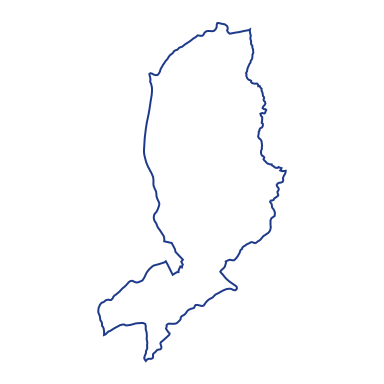 Webuye East, Western, Kenya (Albers equal-area conic projection)
{"feature_id": "3690345B7526977746919", "entity_name": "Webuye East", "entity_type": "district", "adm_level": 2, "iso_a3": "KEN", "parent_name": "Kenya", "parent_adm1": "Western", "projection": "albers", "projection_center": [34.784, 0.653], "detail": "fine", "context": "isolated", "style": "outline", "palette": "blue", "viewbox_px": 384, "rotation_deg": 0, "n_neighbors": 0, "source": "geoboundaries", "source_scale": "gbopen_adm2", "svg_char_len": 5999}
<svg xmlns="http://www.w3.org/2000/svg" viewBox="0 0 384 384"><path d="M150.1,81.6L151.1,83.9L151.8,86.8L152.0,88.6L152.0,90.9L151.7,94.9L150.7,100.8L149.4,109.6L148.6,114.1L146.8,122.7L145.9,128.4L144.8,137.4L144.5,141.5L144.3,145.2L144.0,149.7L144.0,152.5L144.4,155.2L145.2,158.6L146.4,162.8L148.1,166.9L149.1,168.6L149.9,170.3L151.3,172.8L151.9,174.1L153.1,177.0L153.3,178.3L153.5,181.2L153.4,183.6L153.6,185.8L154.7,188.6L156.1,191.6L156.6,196.7L157.1,198.3L158.8,202.0L159.3,203.4L159.2,205.0L158.6,207.0L157.7,209.4L156.6,211.7L154.5,214.1L154.0,215.7L153.8,216.9L153.8,218.1L154.1,219.7L155.0,221.7L156.2,223.3L157.3,226.3L157.8,227.3L158.8,228.8L159.7,229.9L163.6,235.9L164.2,237.8L164.3,239.7L164.2,241.3L166.3,241.8L171.7,243.0L174.9,249.1L175.2,250.3L175.5,251.9L182.9,259.7L181.3,261.6L182.1,263.4L182.8,264.5L182.3,265.5L181.9,267.4L180.3,266.5L178.6,270.3L178.5,272.1L176.8,272.2L172.7,274.8L167.9,265.1L165.8,261.3L164.6,262.3L159.4,264.0L153.5,265.6L152.2,266.5L149.3,269.2L147.3,271.7L146.3,273.3L144.3,277.6L142.4,280.5L139.2,281.9L137.4,282.5L135.7,282.3L134.3,281.8L132.7,280.9L131.1,280.9L129.8,281.4L128.5,282.4L127.5,283.7L126.0,285.3L124.4,286.9L122.9,288.0L121.3,289.6L119.3,291.8L115.5,294.9L114.4,295.6L113.3,296.9L112.5,298.6L111.2,299.9L109.8,300.0L108.6,299.7L106.8,299.9L105.3,300.6L104.4,301.5L103.1,302.3L101.7,302.7L100.8,303.7L99.8,305.0L99.2,306.7L98.6,307.9L98.3,310.8L98.3,312.3L99.6,315.6L100.0,317.1L100.3,320.1L101.2,321.4L102.0,323.1L102.0,324.4L102.1,325.9L103.1,327.1L103.7,328.7L104.1,331.3L104.1,333.3L104.0,335.0L105.2,334.5L106.5,333.4L107.7,332.2L108.6,331.4L109.9,331.1L114.4,328.2L117.3,326.7L120.2,325.1L121.4,324.9L122.5,324.5L124.2,324.5L125.8,325.4L127.7,325.3L130.4,324.9L133.1,324.2L135.4,323.5L136.7,323.3L141.1,323.0L143.0,323.0L145.2,323.9L145.8,326.3L145.7,328.0L145.8,329.7L146.6,332.3L146.7,333.6L146.9,336.2L146.6,339.2L147.0,340.4L147.2,341.9L147.3,343.8L147.0,345.0L147.2,346.5L147.2,348.5L146.0,351.2L145.9,353.2L145.4,354.5L144.8,355.7L144.2,358.2L144.9,359.7L145.8,361.0L146.9,359.7L148.3,358.8L151.3,358.8L152.6,358.2L153.1,357.0L153.0,355.6L153.0,354.2L154.1,353.0L155.4,352.0L156.2,351.0L157.3,349.9L159.1,349.5L160.4,349.3L161.2,348.5L161.4,346.9L160.4,343.5L160.8,342.3L162.8,340.7L167.8,336.2L169.4,334.6L169.6,333.3L168.2,332.0L166.0,328.7L166.6,326.8L166.6,325.2L167.7,324.1L169.1,323.6L171.2,323.8L173.3,323.8L175.0,323.7L176.2,323.4L177.5,322.6L179.9,320.2L180.6,319.2L180.8,317.5L181.6,316.3L184.4,314.7L185.6,313.5L186.6,312.1L187.3,311.0L188.6,309.9L189.7,309.3L191.3,308.7L192.7,308.4L194.1,307.8L194.7,306.3L195.5,305.1L197.3,304.9L201.0,305.8L202.2,306.0L203.6,305.6L204.9,303.9L205.5,302.9L206.7,301.5L208.1,300.1L209.9,298.8L211.4,298.2L212.7,297.4L214.9,295.1L215.9,294.3L218.1,293.3L221.2,291.5L222.9,290.6L224.7,289.8L226.6,289.1L228.4,288.8L229.8,288.7L231.2,288.9L233.4,290.0L235.1,290.3L236.5,289.4L236.9,288.1L236.6,286.6L235.0,285.4L231.4,282.9L229.4,281.5L226.7,279.2L225.1,277.5L222.4,274.1L221.2,273.0L220.3,271.7L221.2,270.4L222.4,269.2L223.7,268.1L224.8,266.7L226.0,262.9L225.7,261.5L227.7,260.5L229.3,259.9L230.7,259.9L232.4,260.3L234.2,260.2L235.6,258.9L236.9,257.3L237.9,255.9L239.6,252.8L240.6,249.9L242.0,249.0L242.4,247.5L243.6,246.4L244.8,245.8L247.0,244.2L249.1,243.3L250.5,242.4L251.6,242.1L253.0,242.4L254.6,243.1L256.1,242.8L257.8,241.4L259.7,240.3L261.0,239.0L262.0,237.8L262.9,236.6L263.8,235.8L265.1,235.1L266.1,234.3L268.4,232.8L269.3,231.7L270.1,230.3L270.5,228.8L270.8,227.1L270.5,225.0L270.5,222.5L270.5,220.7L270.8,219.4L271.7,218.0L274.6,216.0L274.9,213.8L274.8,212.3L274.2,210.5L273.5,209.3L272.1,207.5L271.7,204.2L270.1,201.9L270.7,200.6L272.5,200.4L273.6,199.9L274.2,198.5L277.5,196.3L278.3,195.2L277.7,193.4L277.4,191.9L278.4,190.3L278.8,189.2L278.4,187.9L277.1,186.4L276.7,185.0L277.6,183.6L279.0,182.8L280.9,182.6L282.7,181.8L283.3,180.1L282.9,178.2L283.8,175.9L284.9,174.1L285.5,172.6L285.7,170.8L282.0,171.2L280.3,170.5L281.1,169.5L281.5,168.1L279.8,167.7L278.6,167.0L277.6,167.9L276.0,167.8L274.6,167.3L273.5,166.2L272.1,165.5L271.7,164.4L270.3,164.4L268.8,164.0L267.0,163.2L265.7,161.7L264.4,160.5L263.5,159.3L264.3,157.5L263.4,156.3L262.0,155.6L261.2,154.0L261.0,152.7L261.0,151.4L261.4,150.0L262.0,148.7L261.7,147.4L262.1,146.2L261.7,142.4L261.5,141.1L260.6,139.5L258.9,138.1L258.1,136.4L258.8,133.1L258.7,131.7L259.5,130.7L259.5,129.4L260.3,128.3L261.9,127.5L262.6,126.4L262.9,125.2L262.8,123.7L261.7,122.9L262.1,120.9L262.2,118.7L262.2,117.1L261.0,115.8L260.4,113.7L262.3,113.0L264.2,113.5L265.2,112.7L265.7,111.1L266.2,110.0L265.4,109.2L263.9,109.1L262.6,108.1L263.0,106.9L263.8,105.9L264.7,104.9L265.4,103.6L265.0,101.8L263.8,100.7L263.6,99.4L264.1,98.1L263.8,96.9L263.0,96.0L262.6,93.3L262.2,92.0L261.5,90.4L261.6,88.6L260.3,87.5L259.8,86.1L258.2,86.2L258.1,84.6L256.9,83.5L255.0,83.7L253.6,83.5L252.1,83.1L251.1,82.1L251.2,80.9L250.1,80.2L248.6,79.7L247.4,78.5L246.7,77.0L246.3,75.5L246.5,74.2L246.0,73.1L247.1,71.2L247.3,69.3L247.7,68.0L249.4,64.1L250.5,62.6L250.7,60.9L251.7,59.5L252.3,58.0L252.5,54.4L253.3,52.9L253.0,49.2L252.4,47.8L252.3,45.8L251.1,44.2L251.1,42.4L251.0,40.6L250.4,39.1L250.5,37.1L250.8,35.5L250.4,34.3L250.0,32.3L249.8,30.6L250.0,29.4L248.6,30.2L244.8,30.8L239.1,32.1L236.0,32.5L229.8,33.7L228.4,32.7L227.5,31.4L227.1,30.2L227.7,29.1L227.7,27.8L227.2,26.2L224.8,24.3L223.3,24.1L218.9,23.1L217.4,23.0L216.8,24.3L216.6,27.3L216.0,28.6L215.2,29.7L213.9,30.9L212.1,31.2L209.4,31.0L207.7,31.0L205.9,31.5L204.4,32.9L203.5,34.7L202.6,35.6L200.9,35.9L199.5,35.6L197.6,35.4L195.9,37.0L193.5,38.4L190.9,40.5L189.7,41.4L185.0,44.4L183.2,45.9L181.8,46.9L180.5,47.2L179.1,47.8L178.2,48.9L177.0,49.9L175.6,50.2L174.0,51.2L173.0,52.8L171.5,54.1L170.1,55.1L168.9,56.6L167.2,59.4L166.2,60.3L165.2,61.6L164.5,62.8L162.9,65.0L162.4,66.1L161.2,68.0L160.4,69.6L160.0,71.4L159.0,73.3L157.7,74.9L156.0,75.2L154.8,74.9L153.5,74.5L152.2,73.7L150.5,73.2L149.4,73.9L149.6,75.4L150.1,77.2L150.5,79.8L150.1,81.6Z" fill="none" stroke="#1e3a8a" stroke-width="2"/></svg>